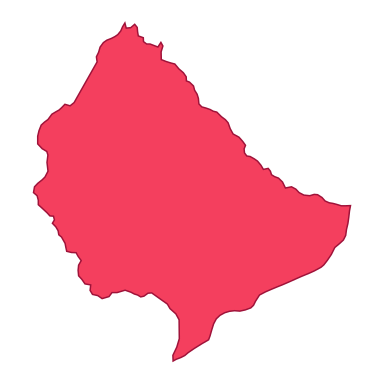 Chiapetta, Rio Grande do Sul, Brazil
{"feature_id": "56859067B47981400926540", "entity_name": "Chiapetta", "entity_type": "district", "adm_level": 2, "iso_a3": "BRA", "parent_name": "Brazil", "parent_adm1": "Rio Grande do Sul", "projection": "orthographic", "projection_center": [-53.907, -27.983], "detail": "fine", "context": "isolated", "style": "filled", "palette": "rose", "viewbox_px": 384, "rotation_deg": 0, "n_neighbors": 0, "source": "geoboundaries", "source_scale": "gbopen_adm2", "svg_char_len": 2436}
<svg xmlns="http://www.w3.org/2000/svg" viewBox="0 0 384 384"><path d="M173.1,361.0L176.2,359.3L180.9,357.5L184.8,355.5L188.2,352.6L194.2,348.5L201.7,343.8L208.6,339.8L210.0,336.0L211.5,330.7L213.6,323.9L216.3,318.8L220.0,315.3L224.8,312.7L229.5,311.3L234.4,310.7L239.9,311.1L245.3,309.9L250.8,307.9L253.5,305.3L255.6,301.1L259.5,295.0L265.6,291.8L271.6,289.2L277.1,286.9L282.4,284.8L289.1,281.9L296.9,278.4L301.2,276.5L309.9,272.9L314.3,270.9L321.1,267.2L323.8,264.9L327.3,260.4L331.3,254.5L334.8,247.5L339.6,243.5L343.4,240.0L345.7,235.4L346.5,229.4L347.9,223.5L348.7,217.9L349.5,210.9L350.5,205.6L345.7,205.8L341.3,205.8L336.7,204.4L332.9,203.4L329.2,202.8L325.1,201.0L322.0,197.5L317.6,194.7L314.2,194.4L309.8,195.7L303.9,195.1L299.1,192.6L295.8,189.1L291.5,186.8L285.4,188.0L282.5,182.0L278.5,178.1L274.5,176.6L271.5,174.7L270.4,171.2L268.2,168.4L263.4,169.4L260.9,165.2L257.5,161.1L254.2,158.8L250.1,156.5L246.8,156.0L244.5,152.9L244.1,148.9L245.5,145.3L242.7,141.4L239.0,137.2L233.1,134.0L230.2,128.7L228.1,122.8L225.4,119.7L221.3,116.6L216.8,112.1L213.2,111.2L210.1,109.5L206.1,108.1L201.8,106.9L198.9,103.9L198.4,98.4L197.1,94.2L194.6,90.2L193.5,86.0L189.5,82.1L186.4,80.9L186.2,76.8L183.4,72.8L178.8,68.8L174.8,64.0L170.9,63.0L166.1,61.5L161.3,59.6L161.1,51.9L162.9,46.0L160.9,42.4L157.9,47.0L153.7,45.4L150.0,44.0L146.6,44.0L143.5,41.6L143.3,37.7L138.3,35.9L137.6,31.9L137.2,27.4L134.7,24.3L130.7,27.7L126.2,28.1L124.9,23.0L122.6,26.7L120.8,30.9L117.8,34.6L114.9,36.6L111.4,38.4L106.8,40.2L103.4,42.6L100.1,47.1L98.6,52.3L96.4,56.8L97.1,61.9L74.1,102.6L70.1,105.8L64.9,104.3L61.7,107.6L59.1,110.0L55.9,111.8L51.9,114.2L48.0,119.5L44.5,122.1L41.2,125.1L39.0,130.7L37.7,136.2L37.7,143.9L42.2,148.7L46.8,151.5L47.9,155.0L47.0,162.4L48.0,171.2L45.0,177.0L42.2,179.8L37.8,183.3L34.5,186.8L33.5,192.6L37.1,195.7L38.3,200.2L38.3,204.7L42.8,208.8L46.9,212.6L49.9,215.9L53.5,216.2L54.4,219.9L52.4,223.3L55.8,226.8L58.1,230.7L58.8,234.8L61.5,237.0L63.3,240.2L65.1,243.4L65.8,247.1L66.7,251.3L71.5,252.5L76.1,252.7L78.2,256.5L81.2,260.6L78.6,265.2L78.1,270.3L78.6,275.8L81.8,279.3L85.0,283.9L90.7,284.9L90.1,290.4L92.5,294.4L97.8,295.6L102.1,298.6L109.0,296.6L112.0,292.6L117.0,292.6L125.1,290.2L130.9,292.2L134.3,294.0L137.6,295.0L140.7,296.9L143.9,296.2L148.0,293.2L151.7,292.9L167.4,304.1L170.0,308.6L175.9,313.9L179.1,319.8L179.3,338.7L176.8,347.1L172.9,355.3L173.1,361.0Z" fill="#f43f5e" stroke="#9f1239" stroke-width="1.5"/></svg>